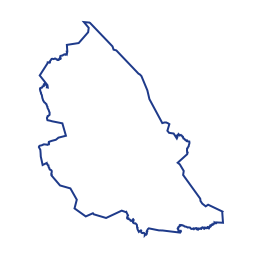 Cosalá, Sinaloa, Mexico, rotated 357°
{"feature_id": "50627088B50408193042815", "entity_name": "Cosalá", "entity_type": "district", "adm_level": 2, "iso_a3": "MEX", "parent_name": "Mexico", "parent_adm1": "Sinaloa", "projection": "robinson", "projection_center": [-106.806, 24.52], "detail": "fine", "context": "isolated", "style": "outline", "palette": "blue", "viewbox_px": 256, "rotation_deg": 357, "n_neighbors": 0, "source": "geoboundaries", "source_scale": "gbopen_adm2", "svg_char_len": 5680}
<svg xmlns="http://www.w3.org/2000/svg" viewBox="0 0 256 256"><g transform="rotate(357 128 128)"><path d="M89.5,19.9L94.0,25.9L93.2,30.3L83.2,40.6L71.3,41.8L71.4,49.4L71.2,49.0L70.9,48.9L71.0,49.7L70.9,50.2L70.5,50.8L70.5,51.0L70.8,51.1L70.7,51.4L70.4,51.1L70.1,51.0L69.8,51.0L69.6,51.4L69.2,51.6L68.3,51.1L67.2,51.6L66.4,52.2L65.0,52.3L64.2,52.6L64.1,53.3L63.7,54.0L63.8,54.4L64.4,54.7L64.4,55.2L64.2,55.5L63.6,55.6L62.8,55.5L62.4,56.4L61.6,56.5L61.2,56.4L60.7,56.1L60.6,55.7L60.0,55.6L59.4,55.0L58.9,54.8L58.6,54.8L57.5,55.3L56.0,54.9L55.3,55.0L55.0,55.6L54.4,56.2L53.6,57.2L53.5,57.5L53.6,58.0L53.4,58.6L53.0,58.7L51.6,58.1L51.2,58.2L51.2,58.7L51.0,59.2L42.6,70.9L49.8,81.0L50.0,83.4L49.2,83.2L49.5,82.6L48.7,81.1L48.7,80.8L48.4,80.1L47.6,79.8L47.1,79.2L46.6,79.8L46.2,80.0L46.2,80.4L46.5,80.4L46.9,80.2L47.1,79.7L47.3,79.8L47.2,80.2L47.0,80.4L46.1,81.0L46.2,81.6L46.1,81.8L44.8,82.0L44.3,83.1L42.9,83.4L42.4,83.7L42.6,84.1L42.4,84.4L42.2,84.3L42.1,84.6L42.2,84.8L42.3,86.2L42.7,87.6L43.0,88.2L42.9,88.9L43.1,89.3L43.2,89.8L43.5,90.2L43.7,90.9L44.0,93.4L44.4,94.8L44.7,96.1L45.0,96.4L45.2,97.0L45.8,98.0L46.0,98.2L46.6,98.5L47.2,99.5L47.7,99.8L47.8,100.0L48.2,101.7L48.6,102.4L48.7,102.6L48.6,103.1L48.7,103.7L49.7,105.9L50.2,107.7L50.5,108.4L50.4,110.5L50.1,111.1L49.6,111.3L49.1,111.7L48.5,111.8L48.3,112.0L48.4,112.4L48.1,112.6L48.0,113.1L47.6,113.6L47.6,114.4L47.9,115.5L48.0,116.0L50.8,116.7L52.5,117.3L62.7,119.9L65.6,132.5L58.0,134.0L57.4,134.5L55.3,136.0L50.9,136.9L48.3,137.7L48.3,137.9L48.3,138.2L48.0,138.7L48.3,139.1L48.3,140.0L48.0,140.3L47.5,140.2L46.5,140.6L45.8,140.3L43.1,139.9L42.6,140.2L42.2,140.2L41.2,140.7L38.9,141.1L38.4,141.5L38.1,142.0L38.0,142.4L39.3,145.2L39.4,148.4L39.4,152.0L40.1,156.1L40.8,160.5L44.9,158.7L44.9,159.3L45.5,159.6L45.5,160.2L46.0,160.8L46.1,161.2L46.2,161.3L46.6,161.3L46.8,163.2L47.0,163.6L47.3,163.8L47.5,164.9L47.7,165.4L48.5,165.7L49.2,166.2L49.6,167.0L49.5,168.1L49.4,168.7L49.1,169.2L49.2,169.6L49.0,169.9L49.0,170.5L49.3,170.6L49.5,170.9L49.2,171.5L57.1,181.8L67.3,185.3L73.1,196.9L70.4,205.5L81.2,214.1L88.5,211.3L89.3,212.4L101.4,216.7L117.4,210.2L121.5,211.9L121.9,211.7L122.0,212.1L122.4,212.9L122.5,213.3L123.5,215.3L123.4,215.6L122.8,216.0L122.7,216.9L122.4,217.4L122.4,218.0L122.5,218.2L123.6,218.2L123.6,218.9L123.6,219.0L124.5,219.2L124.7,219.4L125.2,219.7L125.7,220.7L126.0,220.9L127.0,221.0L127.1,220.6L128.1,219.6L128.2,219.8L128.4,219.7L128.5,220.2L128.8,220.3L128.4,221.6L128.1,222.1L128.0,222.6L128.7,223.3L129.0,223.4L129.4,223.6L130.5,223.6L131.7,225.0L131.8,225.4L131.9,228.0L132.2,228.1L132.2,228.3L132.3,228.3L132.2,229.6L133.4,232.3L133.8,232.0L134.1,231.9L134.7,231.3L135.2,231.0L135.5,230.9L135.8,231.0L135.9,231.3L135.6,232.1L135.8,233.0L136.2,233.4L136.8,233.7L138.1,233.5L138.6,233.7L138.9,234.0L139.1,234.5L139.2,234.9L139.1,236.1L139.7,235.5L139.7,235.4L139.8,235.4L140.3,235.1L140.7,235.4L141.0,235.1L141.0,234.7L140.9,234.4L141.4,234.0L141.4,233.7L141.2,232.7L141.3,232.6L141.7,232.4L141.4,231.9L142.6,230.0L143.5,229.3L153.7,231.9L156.9,232.1L174.6,235.2L175.2,234.4L175.5,233.8L175.4,233.6L175.3,233.4L174.9,233.4L174.4,233.8L174.2,233.8L173.6,233.8L173.2,233.6L172.9,233.6L172.9,233.4L173.1,232.8L173.0,232.2L172.6,231.7L172.3,231.1L172.4,230.9L172.7,231.0L172.8,230.9L172.7,230.4L172.9,230.2L173.2,230.1L173.3,229.9L173.3,229.4L174.6,228.8L174.7,228.7L174.5,227.8L174.6,227.7L174.9,227.5L175.3,227.6L175.5,227.8L176.1,228.0L176.5,227.7L176.9,227.8L177.1,228.1L178.4,228.4L179.2,229.2L179.6,229.4L180.5,229.5L181.5,229.9L182.3,230.5L183.6,230.4L184.9,230.8L185.3,231.5L185.8,232.0L186.2,232.1L186.6,232.2L188.1,231.7L188.4,232.4L188.5,232.5L189.6,231.7L190.9,231.5L191.1,231.6L191.2,232.6L191.9,233.0L192.0,232.9L191.9,232.2L192.1,232.0L192.4,232.0L192.7,232.4L192.8,232.0L193.2,232.0L193.6,232.1L193.9,232.5L194.4,232.5L194.8,232.2L195.1,232.2L195.6,232.5L195.9,232.6L196.1,232.3L195.9,231.8L196.3,231.7L196.8,231.4L197.0,231.1L197.3,231.1L197.6,231.5L198.2,231.5L198.6,231.9L198.7,232.3L198.7,232.6L198.8,232.7L199.0,232.6L199.3,232.1L199.2,231.5L199.3,231.4L200.3,231.6L200.7,232.1L201.1,232.1L201.4,232.2L201.8,232.1L202.3,231.0L202.5,231.0L202.6,231.8L202.8,232.0L203.3,232.5L203.6,232.5L203.8,231.6L204.3,231.4L204.5,230.7L205.1,230.8L205.5,230.6L205.5,230.4L205.1,230.2L204.9,230.0L205.2,229.4L206.3,229.5L206.5,229.2L206.9,229.2L207.0,228.7L207.7,228.8L208.0,228.3L208.4,228.6L208.6,228.4L208.6,227.9L209.0,227.6L209.3,227.4L209.5,227.4L210.0,227.7L210.5,227.7L210.4,227.4L210.3,227.2L210.9,227.5L211.1,227.5L211.2,226.9L217.9,227.6L217.7,216.8L218.0,216.4L204.0,208.8L201.5,210.3L198.2,207.4L196.6,204.7L196.4,202.3L180.6,177.8L181.4,173.8L177.8,167.0L175.8,165.3L185.7,157.3L185.9,156.8L185.8,155.6L186.2,155.5L185.7,154.1L185.9,151.7L186.4,151.4L186.5,150.7L187.6,149.6L187.7,148.8L188.5,146.6L188.6,145.8L188.5,144.7L187.0,144.5L186.7,144.2L186.4,144.2L186.4,143.9L186.3,143.6L185.8,143.8L185.7,143.5L185.5,143.3L185.3,143.3L184.9,143.0L184.7,143.1L184.0,142.4L183.9,142.0L183.6,141.7L182.8,141.4L182.7,141.0L182.7,140.7L182.3,140.1L182.4,139.6L182.2,139.4L181.9,139.2L181.8,139.3L181.3,138.4L180.9,138.3L180.4,137.7L179.8,137.9L179.4,138.1L179.0,138.2L178.7,138.0L178.7,137.6L178.6,137.4L178.3,137.3L178.4,137.0L178.2,136.8L178.1,137.1L177.6,137.3L177.5,137.8L177.2,137.8L177.2,138.0L177.1,138.3L176.6,138.3L176.7,138.6L176.6,139.1L176.7,139.4L176.8,139.6L176.6,139.9L176.3,139.8L176.5,140.4L176.2,141.0L173.3,135.9L168.8,135.0L167.2,132.8L169.5,126.3L168.4,125.5L166.5,124.5L164.8,124.4L162.5,124.9L150.9,100.3L149.3,91.4L144.1,76.8L142.5,75.0L141.4,74.4L120.4,49.9L117.7,49.0L116.8,45.7L95.6,21.1L95.0,20.7L89.5,19.9Z" fill="none" stroke="#1e3a8a" stroke-width="2"/></g></svg>